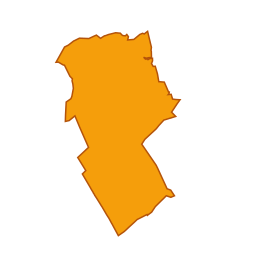 the district of Arivechi, Sonora, Mexico, rotated 253°
{"feature_id": "50627088B87528295570068", "entity_name": "Arivechi", "entity_type": "district", "adm_level": 2, "iso_a3": "MEX", "parent_name": "Mexico", "parent_adm1": "Sonora", "projection": "mercator", "projection_center": [-109.041, 28.858], "detail": "fine", "context": "isolated", "style": "filled", "palette": "amber", "viewbox_px": 256, "rotation_deg": 253, "n_neighbors": 0, "source": "geoboundaries", "source_scale": "gbopen_adm2", "svg_char_len": 1775}
<svg xmlns="http://www.w3.org/2000/svg" viewBox="0 0 256 256"><g transform="rotate(253 128 128)"><path d="M39.5,122.9L40.6,126.0L44.8,131.1L48.9,138.9L49.8,140.7L52.0,144.8L49.2,148.7L49.6,152.6L56.1,150.7L58.5,147.6L80.7,144.6L84.3,144.0L108.5,136.4L111.9,140.4L112.4,141.1L119.0,154.8L121.4,158.3L125.1,164.6L125.1,177.0L130.4,174.3L136.9,182.2L139.8,186.0L141.2,182.2L142.6,179.1L147.6,179.1L148.2,176.3L148.6,177.0L149.0,177.3L150.3,178.0L150.6,177.3L161.3,176.1L163.3,171.0L171.2,172.0L179.1,172.1L179.5,170.1L182.7,169.3L185.0,171.1L187.5,171.8L188.1,168.8L188.0,168.6L187.6,167.8L187.6,167.0L188.6,166.6L189.0,166.1L188.7,165.6L189.5,165.3L189.0,164.7L191.1,163.6L190.0,164.9L189.4,166.1L189.2,167.7L189.2,167.8L189.3,167.9L188.6,171.1L194.4,172.7L195.4,172.7L197.7,173.7L198.3,174.0L202.0,174.2L214.7,175.0L213.2,171.0L214.3,169.7L214.0,166.7L211.0,159.5L212.3,153.4L215.2,155.1L217.8,154.2L216.9,152.4L217.9,150.1L218.9,149.3L220.9,148.4L222.7,144.0L223.1,136.6L222.9,133.6L223.0,132.3L221.8,128.0L226.1,124.9L226.0,124.4L225.8,122.5L225.0,116.7L228.1,107.8L227.2,102.4L227.1,101.5L226.8,100.7L224.7,95.2L224.0,91.0L211.9,78.4L211.3,80.7L207.2,84.5L206.6,85.6L194.4,87.6L191.3,89.2L189.5,88.3L186.1,88.1L181.8,87.3L174.7,83.6L173.6,82.7L172.7,82.0L170.9,76.5L158.8,72.1L152.6,70.0L152.3,73.9L155.1,80.8L143.0,82.0L121.0,84.6L114.5,71.3L99.6,75.2L97.4,70.9L81.8,74.6L80.7,74.8L76.4,75.9L75.8,75.9L75.7,76.0L75.3,76.1L74.6,76.3L74.2,76.4L73.2,76.5L72.5,76.8L72.4,76.8L72.0,76.9L71.3,77.1L70.7,77.3L64.0,79.1L62.4,79.5L61.2,79.8L60.3,80.1L60.0,80.2L59.0,80.4L51.4,82.2L51.0,82.3L47.1,83.4L41.5,84.5L41.3,84.6L27.9,87.3L30.0,93.9L30.9,95.9L33.0,100.1L35.8,106.0L37.8,110.0L39.7,120.9L38.8,121.0L39.5,122.9Z" fill="#f59e0b" stroke="#b45309" stroke-width="1.5"/></g></svg>